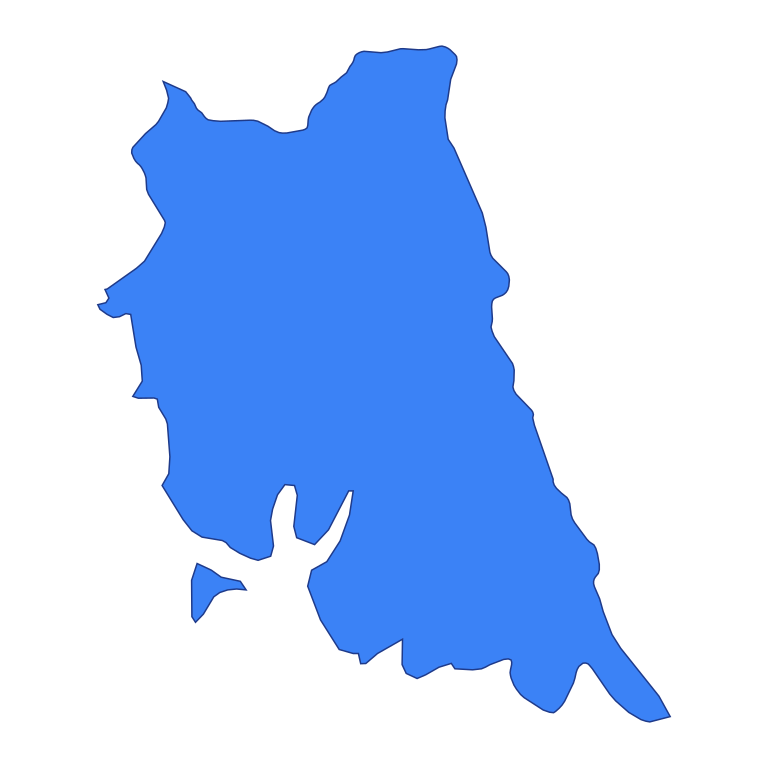 outline of Trang
{"feature_id": "THA-387", "entity_name": "Trang", "entity_type": "Province", "adm_level": 1, "iso_a3": "THA", "parent_name": "Thailand", "parent_adm1": "", "projection": "mercator", "projection_center": [99.627, 7.524], "detail": "fine", "context": "isolated", "style": "filled", "palette": "blue", "viewbox_px": 768, "rotation_deg": 0, "n_neighbors": 0, "source": "natural_earth", "source_scale": "10m", "svg_char_len": 3593}
<svg xmlns="http://www.w3.org/2000/svg" viewBox="0 0 768 768"><path d="M454.9,668.8L451.3,663.4L439.0,667.2L425.7,674.8L417.1,678.5L406.2,673.4L402.1,664.6L402.5,639.2L377.5,653.5L365.8,663.5L360.7,663.7L358.4,653.5L353.2,653.5L339.2,649.5L320.5,619.9L307.7,586.2L311.6,570.2L326.8,561.7L340.1,541.0L349.5,515.0L353.2,490.9L348.7,490.9L328.5,529.8L314.6,544.6L296.7,537.7L293.8,526.4L297.3,495.3L294.5,485.5L284.9,484.6L277.5,494.8L272.6,509.1L270.5,520.5L273.5,546.0L270.7,556.2L258.1,560.3L250.6,558.2L239.8,553.3L230.3,547.5L226.1,542.6L222.3,540.5L202.0,537.1L191.9,530.8L183.1,519.6L162.1,485.5L168.8,473.7L169.9,456.8L167.4,423.9L165.8,419.0L158.7,407.3L157.3,399.1L154.0,398.0L138.3,398.2L132.8,396.4L142.3,381.1L141.2,365.2L136.0,347.1L130.7,314.4L125.8,313.6L119.5,316.7L113.2,317.5L107.0,314.3L100.0,309.3L97.8,304.7L105.9,302.7L108.9,298.1L105.0,289.5L107.2,289.0L136.4,268.3L144.5,261.2L161.6,233.4L164.3,227.1L165.3,222.7L164.5,220.4L148.5,194.3L146.7,189.5L146.0,177.8L145.2,175.1L144.3,172.7L142.1,168.5L140.8,166.5L139.3,164.8L137.6,163.4L135.6,161.2L133.9,158.4L131.7,153.0L131.9,149.7L132.9,147.3L145.5,133.6L155.9,124.6L158.5,121.4L166.3,107.9L167.8,102.8L168.6,98.3L166.6,90.2L163.2,81.5L185.7,91.7L190.6,97.9L191.7,100.1L194.4,103.7L196.4,108.2L197.9,110.0L201.7,112.8L204.5,116.7L206.1,118.4L208.1,119.8L213.2,120.7L220.5,121.3L249.9,120.2L253.5,120.3L257.8,121.2L267.9,126.2L274.5,130.7L279.0,132.6L282.5,133.1L286.8,133.0L302.9,130.1L305.3,129.2L307.1,127.8L307.8,125.3L308.2,119.8L308.7,117.1L311.6,110.2L312.9,108.2L314.4,106.2L316.1,104.6L317.9,103.3L319.9,102.1L323.3,99.1L324.8,97.1L326.9,92.6L328.6,87.6L329.7,85.5L331.8,84.2L334.0,83.1L336.0,81.9L341.1,77.1L346.6,72.8L350.0,66.4L351.4,64.6L352.8,62.5L353.8,60.2L354.4,57.6L355.4,55.4L357.1,53.9L359.2,52.7L361.6,51.8L364.0,51.3L381.0,52.7L387.4,52.0L400.3,48.8L403.1,48.7L418.5,49.8L426.2,49.6L429.2,49.0L439.3,46.4L442.0,46.1L445.4,47.0L448.0,48.3L450.0,49.7L455.1,54.6L456.5,56.5L457.0,59.8L456.5,64.0L450.7,79.3L447.6,99.9L446.0,104.8L445.1,111.0L444.9,117.8L448.2,139.3L454.0,148.1L482.3,213.0L485.9,227.2L489.9,252.3L491.0,255.3L492.8,258.3L506.3,271.8L507.7,273.6L508.8,276.3L509.4,279.9L508.8,286.2L507.7,289.8L506.1,292.3L504.4,293.9L502.5,295.2L495.5,297.9L493.6,299.2L492.3,301.2L491.8,303.9L491.6,306.9L492.4,318.8L492.2,321.6L491.0,327.0L492.1,331.2L494.3,336.7L512.5,363.5L513.5,366.5L514.2,370.1L513.9,380.7L512.9,387.0L513.9,390.5L516.1,394.2L531.6,410.3L532.8,412.2L533.4,414.6L532.7,417.9L534.4,425.2L553.1,479.1L553.1,481.8L554.2,485.1L556.5,488.4L561.3,493.0L566.9,497.5L568.5,500.0L569.8,503.7L571.1,514.8L572.5,519.0L574.7,522.8L586.9,539.3L589.4,541.9L593.9,544.9L595.8,548.3L597.4,553.6L599.3,564.4L599.3,569.8L598.3,573.4L595.3,577.1L594.2,579.0L593.6,581.3L593.6,583.7L594.4,586.7L599.7,599.0L603.2,611.6L612.0,634.6L620.7,648.3L658.9,696.1L670.2,716.6L649.8,721.9L645.9,721.2L641.0,719.6L628.8,712.4L615.7,700.9L609.7,694.0L592.4,668.8L589.4,665.2L587.8,663.7L585.5,663.0L582.9,663.2L578.9,666.4L577.2,669.4L576.1,672.7L574.9,678.2L573.4,683.1L564.7,701.1L562.1,705.0L559.1,708.3L555.6,711.4L553.6,712.7L549.5,712.2L543.2,710.0L524.2,697.7L520.6,694.5L516.5,689.2L513.9,685.0L511.1,678.0L510.5,675.4L510.1,672.7L510.5,669.8L511.6,664.7L511.7,662.1L511.0,659.9L508.3,658.9L503.7,659.4L489.9,664.7L485.5,667.1L481.5,668.8L472.6,669.8L455.1,668.8L454.9,668.8ZM211.4,570.2L221.2,577.2L240.3,581.3L246.1,589.9L236.6,589.0L227.7,589.9L219.8,592.5L213.8,596.8L203.4,614.1L195.5,622.3L191.9,616.7L191.6,580.3L197.1,563.5L211.4,570.2Z" fill="#3b82f6" stroke="#1e3a8a" stroke-width="1.5"/></svg>